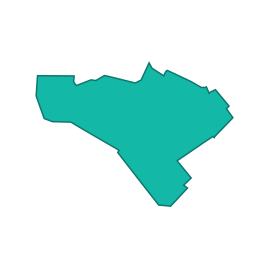 Androscoggin, Maine, United States of America (Robinson projection), rotated 283°
{"feature_id": "52423323B83969208679502", "entity_name": "Androscoggin", "entity_type": "district", "adm_level": 2, "iso_a3": "USA", "parent_name": "United States of America", "parent_adm1": "Maine", "projection": "robinson", "projection_center": [-70.183, 44.198], "detail": "fine", "context": "isolated", "style": "filled", "palette": "teal", "viewbox_px": 256, "rotation_deg": 283, "n_neighbors": 0, "source": "geoboundaries", "source_scale": "gbopen_adm2", "svg_char_len": 724}
<svg xmlns="http://www.w3.org/2000/svg" viewBox="0 0 256 256"><g transform="rotate(283 128 128)"><path d="M193.0,153.2L191.2,152.0L186.9,151.1L191.6,138.0L196.2,133.9L177.7,130.0L173.5,125.0L173.9,96.1L173.8,93.2L167.0,86.0L166.6,81.2L157.7,68.1L160.6,64.7L166.6,63.8L158.6,28.1L138.6,31.3L128.2,37.9L118.4,44.2L117.2,53.0L120.9,71.0L116.4,85.0L104.3,124.3L101.8,123.5L85.8,143.2L83.0,146.6L69.3,163.5L59.8,175.3L61.2,185.1L61.4,187.1L82.9,199.5L84.8,195.1L93.5,200.8L107.1,183.2L130.9,205.1L138.9,212.7L138.0,214.1L139.8,214.8L161.6,227.9L168.9,219.6L172.1,221.5L185.0,204.5L181.4,200.1L180.1,199.2L185.7,195.1L184.7,193.7L184.0,190.2L187.5,178.6L193.0,153.2Z" fill="#14b8a6" stroke="#0f766e" stroke-width="1.5"/></g></svg>